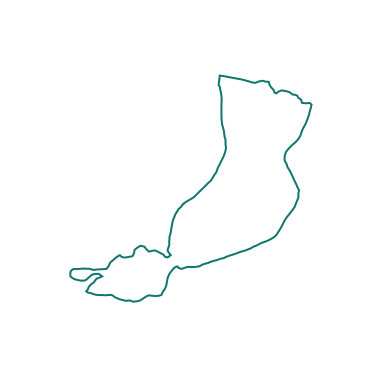 Al Ashah, Amran, Yemen, rotated 57°
{"feature_id": "15242507B84634184088095", "entity_name": "Al Ashah", "entity_type": "district", "adm_level": 2, "iso_a3": "YEM", "parent_name": "Yemen", "parent_adm1": "Amran", "projection": "albers", "projection_center": [43.794, 16.335], "detail": "fine", "context": "isolated", "style": "outline", "palette": "teal", "viewbox_px": 384, "rotation_deg": 57, "n_neighbors": 0, "source": "geoboundaries", "source_scale": "gbopen_adm2", "svg_char_len": 4963}
<svg xmlns="http://www.w3.org/2000/svg" viewBox="0 0 384 384"><g transform="rotate(57 192 192)"><path d="M109.5,105.3L116.9,111.5L118.9,111.3L120.7,112.2L124.1,113.5L127.3,114.9L130.7,116.8L132.3,118.0L133.9,119.1L134.2,119.3L135.6,120.3L138.7,122.2L139.7,122.9L141.7,124.3L143.5,125.4L146.7,127.4L149.2,128.7L152.6,130.3L154.6,130.8L157.9,131.9L159.4,132.6L159.7,132.7L163.6,134.7L166.0,135.2L169.0,137.1L170.7,138.1L173.8,139.6L176.8,142.7L178.9,145.5L180.9,148.7L182.6,151.7L183.8,153.4L185.1,156.0L186.4,157.9L187.0,158.7L187.9,159.8L189.0,161.6L189.7,163.6L192.7,169.7L193.0,171.7L193.3,173.5L197.4,193.5L197.0,202.9L197.0,203.0L197.1,203.3L197.1,203.6L197.1,203.9L197.1,204.0L197.1,204.4L197.1,204.6L197.1,204.8L197.1,205.1L197.2,205.3L197.2,205.5L197.3,205.5L197.3,205.8L197.3,206.0L197.4,206.3L197.5,206.4L197.5,206.5L197.6,206.8L197.6,207.0L197.7,207.3L197.7,207.6L198.0,207.9L198.6,209.7L199.0,212.5L199.1,212.8L199.2,213.0L199.3,213.2L199.3,213.3L199.3,213.5L199.5,213.6L199.6,213.8L199.7,214.0L199.8,214.2L199.9,214.3L200.0,214.4L200.0,214.5L200.1,214.8L200.2,215.1L200.3,215.2L200.4,215.5L200.5,215.7L200.6,216.0L200.8,216.1L200.8,216.3L200.9,216.5L201.0,216.7L201.1,216.8L201.1,217.0L201.2,217.3L201.3,217.5L201.4,217.8L201.5,217.9L201.6,218.1L201.8,218.3L201.9,218.5L202.0,218.6L202.2,218.9L202.3,219.1L202.5,219.4L202.6,219.5L202.8,219.7L202.9,219.8L203.0,219.9L203.0,220.0L203.2,220.3L203.3,220.5L203.5,220.7L203.5,220.8L203.8,221.2L203.9,221.3L204.1,221.5L204.2,221.8L204.3,222.0L204.5,222.2L204.6,222.3L204.7,222.5L204.9,222.7L204.9,222.8L205.1,223.0L205.4,223.4L205.5,223.5L205.8,223.9L205.9,224.0L206.0,224.1L206.2,224.3L206.3,224.4L206.5,224.5L206.8,224.9L207.0,225.0L207.1,225.3L207.3,225.4L207.4,225.5L207.5,225.6L207.8,225.9L208.1,226.0L208.3,226.3L208.5,226.5L208.9,226.8L209.1,227.0L209.3,227.2L209.4,227.3L209.5,227.4L209.7,227.7L210.0,227.9L210.1,228.1L210.3,228.2L210.5,228.5L210.8,228.7L211.0,228.9L211.2,229.1L211.3,229.2L211.6,229.5L211.8,229.6L212.0,229.8L212.3,230.1L212.5,230.2L212.7,230.4L212.8,230.5L213.0,230.7L213.2,230.8L213.4,231.0L213.5,231.1L213.8,231.4L213.9,231.5L214.0,231.6L214.3,231.8L214.5,232.1L214.8,232.4L214.9,232.5L215.1,232.7L215.2,232.8L215.3,232.9L215.4,233.0L215.5,233.1L215.7,233.3L215.8,233.4L215.9,233.5L216.0,233.6L216.1,233.8L216.2,234.0L216.3,234.0L216.5,234.3L216.6,234.5L217.9,235.7L219.7,236.9L221.2,238.2L223.9,239.7L227.3,244.1L229.8,244.6L233.4,244.2L233.6,248.1L231.4,250.0L229.1,250.0L223.1,253.4L220.7,255.0L219.8,257.0L218.6,260.5L215.3,261.4L211.9,261.7L209.1,264.4L208.9,268.1L209.3,271.8L211.9,274.0L213.4,276.9L211.9,280.8L210.8,283.1L209.9,284.9L208.0,286.3L205.7,286.9L205.5,290.2L205.9,293.7L206.4,297.2L206.8,299.4L208.7,302.2L209.9,305.6L208.3,308.6L206.4,311.8L204.7,314.9L203.7,317.1L200.6,319.8L199.2,321.7L199.1,322.1L197.5,324.0L195.4,327.9L193.7,331.0L192.0,333.4L192.1,336.2L193.4,338.0L196.4,339.9L198.7,339.3L200.6,338.3L202.2,337.1L205.5,333.9L207.7,330.5L208.0,328.6L207.5,325.2L206.8,321.0L208.1,317.7L209.8,314.8L213.8,313.3L213.5,316.0L212.7,319.4L214.4,323.6L214.5,327.0L215.4,330.4L217.0,332.5L217.6,334.8L219.6,334.1L222.4,331.4L225.2,329.2L227.5,326.6L229.4,323.6L231.5,320.8L233.9,316.3L235.7,314.8L238.1,314.1L240.0,312.8L242.1,311.5L244.8,309.0L247.4,306.6L248.8,303.5L251.9,301.1L253.6,298.0L254.7,294.5L254.7,291.1L254.7,287.2L255.1,284.6L257.4,281.8L259.6,279.0L261.1,275.9L261.7,273.7L259.8,270.8L258.5,267.5L256.6,264.7L251.1,259.5L249.9,258.0L248.1,255.0L247.4,253.1L246.7,251.1L246.0,248.8L246.0,246.9L246.0,246.3L246.4,244.8L248.6,244.5L250.8,242.6L252.4,236.4L253.6,234.8L255.7,231.8L256.8,229.6L258.4,226.2L258.6,222.6L259.5,219.4L260.3,217.1L260.6,215.0L261.6,211.3L262.8,208.0L263.4,204.6L264.8,201.3L264.9,199.4L265.3,197.4L265.8,195.3L267.1,190.7L267.7,188.3L268.1,185.9L269.1,182.3L270.1,179.0L271.3,173.1L271.3,170.7L272.0,167.2L272.2,164.8L272.6,161.5L273.6,157.2L274.2,153.9L274.5,150.9L274.5,147.3L274.1,144.9L273.3,143.1L271.7,139.6L270.2,136.4L268.3,133.2L266.5,130.1L264.9,126.7L264.1,124.1L263.0,120.8L261.8,117.4L260.5,114.2L258.4,111.3L256.5,108.5L254.5,105.7L251.1,103.6L248.8,101.2L246.3,101.1L243.0,100.5L239.6,100.0L235.8,99.6L233.8,99.2L230.2,98.7L226.7,98.4L224.3,98.4L222.4,98.2L220.2,97.4L216.5,97.3L214.4,96.3L211.8,94.1L209.6,91.4L208.8,89.1L207.8,85.5L207.1,82.0L206.9,79.9L206.5,77.8L205.7,74.5L204.3,71.3L203.0,69.3L200.3,66.1L198.5,63.0L196.8,59.7L194.7,56.8L192.5,53.7L190.2,51.0L188.8,49.7L186.6,47.0L183.7,44.1L181.4,44.9L179.5,48.4L177.1,51.2L173.7,50.2L170.7,51.6L168.4,51.3L166.5,52.7L165.1,54.5L161.8,55.7L159.7,57.2L157.3,59.7L155.6,61.4L154.9,65.1L155.3,67.4L153.7,68.6L151.2,68.1L149.3,68.2L147.4,68.7L144.0,68.5L141.3,67.6L140.0,69.7L137.2,72.1L135.6,76.0L135.0,79.4L132.9,81.9L130.6,83.7L125.0,88.7L123.5,90.3L121.6,92.3L121.2,92.7L119.8,94.2L118.1,96.0L116.7,97.5L115.1,99.2L113.4,100.9L112.6,101.8L112.0,102.4L111.7,102.7L110.5,104.2L109.5,105.3Z" fill="none" stroke="#0f766e" stroke-width="2"/></g></svg>